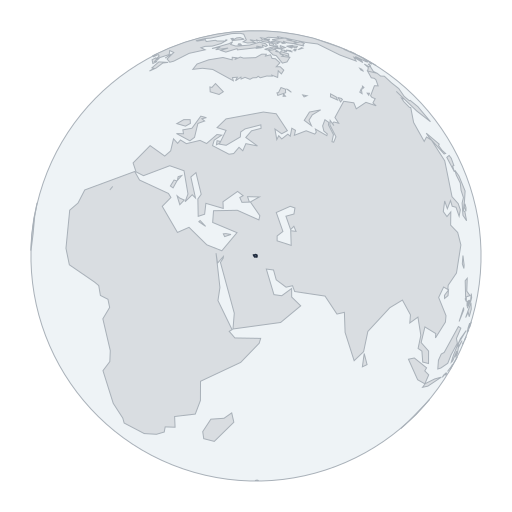 the Earth from above Karbala', rotated 16°
{"feature_id": "IRQ-3062", "entity_name": "Karbala'", "entity_type": "Province", "adm_level": 1, "iso_a3": "IRQ", "parent_name": "Iraq", "parent_adm1": "", "projection": "orthographic", "projection_center": [44.011, 32.497], "detail": "fine", "context": "on_globe", "style": "filled", "palette": "slate", "viewbox_px": 512, "rotation_deg": 16, "n_neighbors": 0, "source": "natural_earth", "source_scale": "10m", "svg_char_len": 10785}
<svg xmlns="http://www.w3.org/2000/svg" viewBox="0 0 512 512"><g transform="rotate(16 256 256)"><circle cx="256" cy="256" r="225" fill="#eef3f6" stroke="#a8b0b8"/><path d="M250.5,30.8L252.0,30.8L277.2,32.2L287.3,33.1L283.3,33.1L304.1,35.9L319.2,39.8L300.7,35.3L297.8,35.0L307.3,37.1L306.3,37.3L310.4,38.7L308.3,38.9L297.7,37.0L296.2,37.3L303.1,38.9L305.4,40.6L295.5,38.1L298.5,41.0L281.3,39.7L256.7,35.2L245.7,36.9L216.5,39.2L217.7,40.1L207.4,42.4L205.0,44.4L200.3,44.9L202.4,46.3L207.2,45.6L209.7,46.1L208.7,47.4L202.5,48.0L202.1,47.4L199.8,48.3L197.1,48.1L197.9,49.0L190.5,49.8L196.2,51.1L189.1,53.6L184.6,53.7L187.1,50.9L183.0,46.1L179.3,46.3L171.4,48.9L152.2,59.1L147.2,61.0L138.9,65.6L140.6,65.5L147.8,62.0L149.0,63.6L157.6,59.8L159.4,60.1L167.4,57.8L163.9,61.4L156.1,66.3L149.3,68.5L145.7,71.0L150.3,71.8L135.9,79.6L123.2,91.4L119.7,93.5L116.2,91.1L120.9,83.0L116.4,82.3L117.0,86.3L108.2,92.2L105.8,95.0L104.9,97.0L107.3,96.3L103.8,99.4L102.0,96.0L105.1,93.1L105.7,94.0L107.8,90.5L106.5,89.3L102.2,93.0L104.8,89.1L101.7,91.9L101.1,92.5L103.1,90.5L105.3,88.6L103.2,90.4L115.5,79.9L128.6,70.2L142.3,61.5L156.6,53.8L171.4,47.2L186.7,41.7L202.3,37.2L218.2,33.9L234.3,31.8L250.5,30.8ZM30.9,265.2L32.2,278.2L35.7,296.6L37.5,308.2L38.0,312.9L34.5,297.2L32.1,281.3L30.9,265.2ZM294.8,34.2L289.6,33.3L295.0,34.1L294.8,34.2ZM311.3,38.9L313.1,39.2L314.4,39.8L311.3,38.9ZM168.8,56.1L168.0,57.0L166.9,56.9L168.8,56.1ZM172.9,54.5L172.1,53.9L173.9,53.1L174.4,53.5L172.9,54.5ZM312.6,40.9L314.1,42.1L310.7,40.5L312.6,40.9ZM173.4,55.6L177.3,51.7L180.5,50.4L185.0,50.9L173.4,55.6ZM313.9,42.6L317.9,46.2L322.2,47.0L312.2,47.4L312.1,43.9L307.2,41.6L311.8,42.8L313.9,42.6ZM209.1,44.8L204.0,45.6L209.2,43.8L209.1,44.8ZM211.8,43.6L224.2,38.3L231.3,38.2L225.7,39.8L235.7,39.1L233.0,41.5L227.0,42.5L222.9,42.0L225.0,43.4L211.8,43.6ZM306.0,47.3L305.4,48.2L304.0,47.0L306.0,47.3ZM211.1,46.2L213.0,44.9L219.3,44.7L216.7,47.1L215.5,46.4L211.1,46.2ZM239.5,37.9L243.8,38.3L242.8,40.4L244.3,40.9L233.6,41.6L239.5,37.9ZM213.6,47.1L215.2,48.4L211.3,49.9L209.7,47.4L213.6,47.1ZM222.0,43.7L224.9,43.7L222.4,44.4L222.0,43.7ZM198.5,56.5L200.6,54.6L204.1,54.2L198.5,56.5ZM216.1,48.9L217.4,48.4L219.0,48.1L219.3,49.3L216.1,48.9ZM233.6,43.2L232.4,44.1L238.0,43.0L237.5,44.8L230.4,45.0L233.3,45.7L233.1,46.3L227.5,45.9L233.6,43.2ZM224.3,49.9L215.2,51.4L210.5,54.7L207.3,55.0L215.4,49.7L224.3,49.9ZM226.7,47.5L224.5,49.0L221.6,48.5L221.4,47.1L226.7,47.5ZM239.7,46.0L242.3,43.2L243.7,43.3L239.7,46.0ZM223.5,50.9L225.8,50.6L223.6,51.2L223.5,50.9ZM235.4,47.6L236.1,46.4L237.7,46.6L235.4,47.6ZM229.6,51.0L226.7,51.4L226.4,50.4L229.6,51.0ZM232.7,49.5L234.8,49.9L228.0,49.8L232.8,49.0L232.7,49.5ZM236.8,47.8L238.0,47.6L236.3,48.3L236.8,47.8ZM232.4,54.9L224.0,54.9L223.4,52.6L231.6,52.8L232.4,54.9ZM71.2,301.0L64.3,263.3L70.3,254.2L73.2,239.7L116.1,208.2L123.1,215.1L154.6,220.0L158.1,223.2L152.2,234.1L174.0,255.0L183.7,246.9L205.6,258.8L221.7,260.4L231.3,238.8L205.1,235.7L202.7,224.2L225.5,217.2L248.8,220.5L248.6,216.2L235.7,205.6L243.0,198.3L231.5,201.3L234.8,206.0L227.7,208.3L224.3,204.2L227.0,201.6L220.5,199.0L209.3,213.0L211.4,219.3L193.3,219.2L195.1,230.0L189.5,233.8L184.4,217.2L186.3,211.8L175.3,192.4L171.6,198.0L181.8,216.9L177.8,214.7L172.9,223.4L173.5,215.1L163.3,193.9L148.2,193.0L125.7,209.8L117.5,208.2L112.2,200.4L123.8,179.1L140.7,185.1L145.0,178.5L144.4,166.1L149.6,169.3L151.4,165.3L158.1,167.2L170.3,160.3L177.5,161.5L185.0,150.0L189.7,149.3L183.9,156.1L183.8,161.9L202.0,165.6L206.3,163.7L209.7,156.2L214.3,158.5L215.3,150.8L227.1,149.8L213.5,144.9L217.2,136.9L225.7,131.9L224.5,128.6L210.5,136.8L207.1,141.0L208.1,145.9L196.8,157.8L189.9,158.6L192.6,143.5L183.2,143.3L189.4,132.5L223.4,115.6L236.2,113.7L251.6,126.9L247.0,131.4L239.2,128.7L243.9,138.4L244.7,134.1L248.5,136.4L253.0,130.1L255.9,131.4L255.2,123.3L259.3,124.3L259.6,129.4L269.7,121.8L278.9,122.6L279.8,120.3L278.1,117.6L290.9,120.8L290.9,119.0L286.8,117.2L284.2,112.6L284.7,106.0L289.1,107.5L289.5,110.0L297.0,118.0L297.5,125.2L299.3,125.2L300.0,119.4L290.8,109.5L289.9,105.2L294.9,109.2L293.0,107.4L293.9,105.7L298.9,105.6L293.7,101.1L297.7,83.1L307.8,81.8L311.8,86.9L319.3,78.0L330.1,78.5L326.2,76.6L327.2,71.9L323.8,71.6L322.0,70.4L322.9,59.7L326.5,58.8L322.6,53.4L320.6,52.6L317.7,52.9L312.2,47.4L322.2,47.0L326.2,48.7L329.8,47.8L338.3,52.1L347.1,55.7L354.4,61.7L360.7,64.5L361.3,63.9L370.4,67.8L386.7,78.8L370.5,72.3L345.5,59.1L355.5,64.4L352.3,64.1L355.4,66.8L362.5,70.8L363.8,70.6L370.7,84.2L386.1,99.5L387.1,94.6L392.8,96.3L411.2,112.5L428.1,145.0L435.9,149.9L439.7,155.3L440.3,161.8L434.8,154.0L430.9,154.1L427.7,149.1L426.9,157.8L422.2,151.1L423.8,161.7L428.7,165.5L431.1,159.9L434.6,172.7L443.4,177.8L449.9,188.9L453.4,217.1L448.8,231.1L449.6,235.3L444.9,234.1L443.0,245.5L455.1,261.0L456.3,267.3L451.1,285.3L450.2,281.0L437.9,277.6L438.6,293.7L448.1,299.8L451.5,311.8L445.5,312.0L441.7,301.7L437.3,300.2L436.3,286.8L428.5,270.1L422.3,278.0L420.7,270.0L408.9,258.0L398.9,268.8L384.3,297.7L385.8,318.3L379.2,329.6L362.7,304.9L356.5,285.8L349.8,289.5L333.4,275.5L303.0,279.5L299.3,274.5L293.5,277.7L282.0,273.3L276.7,264.6L269.5,265.7L283.9,288.2L291.7,287.1L299.2,277.4L301.6,285.6L312.7,291.6L298.0,313.1L254.0,332.5L250.9,317.0L223.6,272.0L225.1,267.0L225.0,266.5L224.8,265.4L221.0,273.4L216.8,264.3L230.0,296.2L231.7,309.3L253.3,333.4L251.0,335.8L258.3,340.6L283.2,333.9L283.1,339.0L270.6,362.5L237.2,391.7L242.4,410.2L241.2,424.7L222.0,432.7L225.4,442.9L215.8,445.3L216.3,450.5L209.5,454.8L197.5,457.5L175.3,452.9L172.6,448.5L159.4,437.0L140.5,408.4L144.6,397.8L142.0,387.1L126.1,358.6L129.5,345.8L125.6,338.4L117.3,336.8L113.0,327.8L108.1,325.6L79.0,315.9L71.2,301.0ZM99.1,228.6L97.3,232.8L99.1,228.6ZM272.1,235.6L286.9,236.1L282.4,222.1L287.7,221.3L284.2,217.0L282.0,221.1L273.8,209.5L280.9,205.2L280.2,199.1L275.2,198.8L263.5,208.6L275.1,225.0L270.8,230.9L272.1,235.6ZM108.4,92.4L108.4,92.8L106.8,95.3L106.2,95.0L108.4,92.4ZM108.2,102.8L102.6,107.6L106.1,103.7L104.1,103.8L109.1,96.2L118.2,94.1L113.2,96.2L108.2,102.8ZM118.3,86.2L114.1,90.8L118.3,85.9L118.3,86.2ZM155.1,143.1L156.4,146.6L152.4,150.6L143.4,150.6L149.0,144.8L155.1,143.1ZM159.2,150.9L164.4,136.8L170.2,136.7L166.1,139.0L169.4,140.4L163.6,144.6L164.2,158.9L160.7,163.5L145.8,160.2L152.6,158.5L150.9,154.9L159.2,150.9ZM167.2,106.1L169.5,101.4L179.3,107.1L176.0,110.9L166.7,110.8L165.1,106.2L167.2,106.1ZM180.6,57.9L180.9,56.7L182.6,56.4L183.8,57.2L180.6,57.9ZM199.2,55.6L181.3,63.0L180.6,61.9L170.8,68.3L165.4,68.1L171.9,63.8L160.4,68.8L164.1,64.9L156.5,68.7L171.6,59.3L174.5,56.4L173.3,59.6L178.3,59.8L181.2,59.0L191.9,54.9L200.5,49.5L206.7,49.3L208.9,50.6L207.7,51.9L204.0,51.5L205.2,53.5L199.0,54.0L199.2,55.6ZM230.2,74.0L226.3,71.8L227.6,78.4L221.4,77.8L222.0,78.6L216.6,80.1L211.0,83.5L208.5,82.7L207.4,84.4L203.8,85.6L201.5,87.8L196.2,87.3L192.9,90.0L192.2,88.2L188.0,93.2L188.8,89.3L184.2,91.0L185.9,93.8L163.0,88.6L152.8,90.3L143.8,94.0L146.4,87.7L156.4,80.5L169.5,74.3L179.0,74.0L178.4,71.5L182.8,70.8L181.4,73.0L186.1,69.1L189.4,69.2L201.0,65.4L205.9,60.4L210.3,59.2L210.0,61.2L214.5,58.6L217.0,61.7L220.2,61.0L225.7,63.7L223.3,68.5L227.1,67.4L231.5,69.7L230.2,74.0ZM233.8,55.7L232.3,60.9L228.2,63.3L220.2,57.8L217.0,58.0L211.7,55.1L217.8,51.8L218.7,52.8L221.1,53.2L218.2,54.0L222.2,53.6L223.7,55.2L227.2,55.3L225.8,56.9L233.8,55.7ZM163.6,219.9L166.6,221.3L171.6,222.0L168.6,227.7L163.6,219.9ZM156.3,205.6L159.3,205.6L157.5,213.4L154.4,212.3L156.3,205.6ZM162.4,199.2L159.6,205.0L159.3,201.2L162.4,199.2ZM186.8,155.9L190.1,155.7L189.9,157.6L187.3,160.0L186.8,155.9ZM232.7,95.6L231.2,93.4L232.6,92.7L233.6,87.2L238.3,87.5L239.5,90.9L232.7,95.6ZM226.0,242.2L220.5,246.0L218.5,243.7L220.8,242.8L226.0,242.2ZM192.5,237.3L199.4,241.4L191.6,238.8L192.5,237.3ZM238.0,95.0L237.9,92.6L240.3,94.3L238.0,95.0ZM241.8,87.5L244.9,88.9L239.0,86.9L241.8,87.5ZM318.8,471.1L320.5,471.1L316.9,472.1L318.8,471.1ZM280.5,421.9L267.0,445.7L256.1,446.0L253.2,439.5L257.6,425.3L270.0,420.8L275.9,413.5L280.5,421.9ZM470.5,318.5L472.0,316.2L471.7,317.2L470.5,318.5ZM469.2,318.8L471.2,315.5L468.5,321.3L469.2,318.8ZM471.9,314.2L474.0,308.9L474.9,305.8L474.4,307.9L471.9,314.2ZM467.6,321.3L457.1,333.7L452.3,336.3L453.9,332.0L461.7,324.9L467.6,321.3ZM453.5,332.3L445.5,330.4L431.0,313.2L436.3,310.4L450.8,316.5L449.9,319.9L454.8,322.7L453.5,332.3ZM470.8,297.2L469.9,306.3L464.6,312.7L461.9,314.5L460.1,305.9L461.1,299.2L463.5,296.8L470.0,268.0L472.8,268.9L471.4,280.0L473.6,284.4L470.8,297.2ZM386.9,319.9L392.7,329.8L388.8,333.2L386.9,319.9ZM470.6,250.6L469.3,263.0L469.8,248.3L470.6,250.6ZM469.6,238.0L470.8,241.9L468.9,239.6L469.6,238.0ZM451.5,241.2L449.0,244.8L448.0,241.9L450.4,235.6L451.5,241.2ZM454.8,198.5L458.5,207.2L459.3,210.7L456.5,206.7L454.8,198.5ZM277.9,97.7L271.2,104.8L269.5,110.8L273.4,115.5L265.0,112.3L267.7,102.9L277.9,97.7ZM294.8,84.6L291.3,81.1L294.7,81.0L296.0,81.8L294.8,84.6ZM291.4,83.6L283.7,82.5L283.0,79.6L289.2,81.0L291.4,83.6ZM260.8,87.9L258.4,89.8L256.5,88.3L260.8,87.9ZM442.8,381.9L445.3,378.0L446.0,376.9L451.3,367.4L462.5,346.0L453.5,364.4L442.8,381.9ZM473.9,311.6L476.6,300.7L477.4,297.7L473.9,311.6ZM480.9,269.9L480.9,269.6L480.9,268.7L480.9,269.9ZM481.1,264.7L480.8,266.5L481.2,259.7L481.1,264.7ZM479.3,281.1L479.0,283.6L478.7,283.4L479.3,281.1ZM479.8,277.8L480.4,275.5L479.6,280.1L479.8,277.8ZM474.7,284.1L475.4,288.0L477.4,280.5L475.8,288.5L476.5,294.2L475.8,298.4L475.2,292.0L474.0,302.6L473.0,304.3L473.1,297.1L474.4,285.1L475.3,279.1L478.6,269.7L474.7,284.1ZM480.1,271.4L479.7,266.6L479.9,261.6L480.3,263.5L480.1,271.4ZM477.7,255.6L475.5,251.7L474.5,257.4L475.5,241.6L477.6,247.8L477.7,255.6ZM474.3,242.8L473.5,248.0L473.7,239.5L474.3,242.8ZM472.7,246.3L471.5,241.7L472.7,240.2L472.7,246.3ZM474.9,241.6L473.3,232.8L474.8,236.6L474.9,241.6ZM468.3,231.7L472.6,235.1L468.8,237.7L463.9,222.1L465.2,219.2L468.3,231.7ZM445.5,155.1L442.6,151.5L442.4,148.2L444.5,151.6L445.5,155.1ZM439.1,135.9L441.4,146.3L442.8,155.4L444.5,155.7L448.7,164.1L443.7,159.8L439.5,148.2L439.3,142.7L435.0,136.3L432.2,129.5L426.2,123.0L423.6,118.8L429.0,123.1L439.1,135.9ZM423.6,120.5L412.2,108.6L413.9,106.1L416.7,108.2L421.3,114.5L420.2,115.4L423.6,120.5ZM410.0,105.2L408.7,106.1L389.4,94.0L385.8,91.0L401.3,98.0L401.0,99.4L405.5,103.0L410.0,105.2ZM307.9,48.7L305.6,48.2L307.4,47.9L307.9,48.7ZM320.1,70.4L318.0,68.8L320.2,68.3L320.1,70.4ZM313.3,64.2L312.4,65.8L311.5,63.4L313.3,64.2ZM310.6,69.9L311.1,66.2L313.2,70.7L310.6,69.9Z" fill="#d9dde1" stroke="#a8b0b8" stroke-width="1"/><path d="M256.4,254.9L256.5,254.9L256.8,255.0L256.7,255.6L256.8,255.8L256.9,256.1L257.0,256.2L256.9,256.3L257.0,256.6L257.0,256.8L256.9,256.8L256.9,256.7L256.5,256.8L254.9,257.3L254.8,257.2L254.2,256.7L253.4,255.9L253.3,255.7L253.5,255.6L254.1,255.5L254.3,255.4L254.9,254.9L255.2,254.7L255.4,254.7L255.8,254.7L256.4,254.9Z" fill="#64748b" stroke="#1e293b" stroke-width="1.5"/></g></svg>